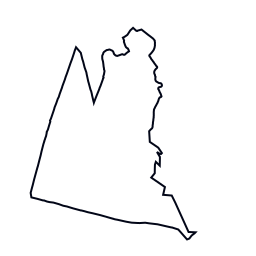 Taniche, Oaxaca, Mexico (orthographic projection), rotated 280°
{"feature_id": "50627088B3574093962845", "entity_name": "Taniche", "entity_type": "district", "adm_level": 2, "iso_a3": "MEX", "parent_name": "Mexico", "parent_adm1": "Oaxaca", "projection": "orthographic", "projection_center": [-96.759, 16.568], "detail": "fine", "context": "isolated", "style": "outline", "palette": "ink", "viewbox_px": 256, "rotation_deg": 280, "n_neighbors": 0, "source": "geoboundaries", "source_scale": "gbopen_adm2", "svg_char_len": 4834}
<svg xmlns="http://www.w3.org/2000/svg" viewBox="0 0 256 256"><g transform="rotate(280 128 128)"><path d="M198.5,62.8L195.7,62.3L195.5,62.2L192.2,61.8L186.1,60.9L181.8,60.1L171.0,58.4L167.8,57.8L167.4,57.7L167.2,57.7L164.8,57.4L159.3,56.4L157.7,56.1L156.2,56.0L155.9,55.9L149.6,54.8L146.4,54.4L144.6,53.8L143.4,53.6L139.6,53.0L135.4,52.1L134.8,52.1L133.0,51.9L123.9,50.5L121.7,49.9L120.8,50.4L117.1,49.9L112.5,49.4L109.8,48.6L109.3,48.8L105.7,48.7L103.7,48.3L102.6,48.2L100.5,47.8L100.4,47.9L97.6,47.5L89.9,46.9L85.6,46.7L82.1,46.4L74.1,45.8L73.9,45.7L61.2,44.5L55.4,44.1L52.2,43.8L47.2,43.4L42.9,44.9L42.5,51.1L41.9,57.0L42.1,57.8L41.5,61.0L41.4,63.6L41.6,67.5L41.0,73.2L40.2,77.7L40.1,81.5L39.7,84.7L39.3,88.0L38.6,96.0L38.7,96.3L38.5,99.4L38.2,102.1L38.1,103.2L37.9,108.0L37.4,115.7L35.8,131.1L35.8,133.5L35.4,142.6L35.4,148.0L36.0,153.0L36.4,155.9L37.7,161.4L37.8,165.5L38.3,173.9L37.8,183.6L37.6,188.0L37.7,188.5L37.2,192.0L36.8,195.1L34.2,198.4L31.7,201.5L30.1,203.5L28.5,205.5L29.8,207.6L32.9,209.2L33.8,209.9L35.8,211.8L37.0,212.6L36.1,205.7L62.7,187.5L69.1,182.8L68.3,174.2L76.3,174.6L83.0,159.9L83.2,159.5L88.1,162.2L93.0,161.4L96.6,160.9L99.5,161.3L96.4,165.8L103.6,164.7L105.1,164.4L109.4,160.7L108.0,163.9L108.2,165.1L109.2,165.7L113.9,161.2L118.1,151.9L128.5,149.4L130.0,150.3L130.5,150.6L130.8,150.9L131.2,151.2L131.8,151.7L132.4,151.9L133.0,152.0L133.5,152.0L134.3,151.9L134.8,151.8L135.4,151.8L135.7,151.8L136.1,151.8L136.5,151.8L137.2,151.7L137.7,151.6L138.1,151.6L138.6,151.6L139.0,151.6L139.5,151.6L140.0,151.6L140.6,151.5L140.9,151.5L141.5,151.5L142.2,151.4L142.7,151.5L143.1,151.4L143.5,151.3L144.0,151.3L144.6,151.2L145.0,151.2L145.5,151.1L146.2,150.9L146.7,150.9L147.5,150.7L148.0,150.6L148.5,150.6L148.9,150.5L149.5,150.5L150.3,150.4L150.8,150.4L151.5,150.6L152.1,150.8L153.4,151.1L154.2,151.4L154.7,151.6L156.6,152.2L157.2,152.4L157.5,152.6L158.3,152.7L158.7,152.8L159.2,153.0L160.1,153.1L160.6,153.2L161.1,153.2L161.7,153.3L162.4,153.4L162.8,153.6L163.0,153.7L163.6,153.9L163.8,154.2L163.8,154.4L164.0,154.7L164.2,155.0L164.5,155.3L164.9,155.5L165.4,155.3L165.6,155.1L166.2,154.8L166.9,154.5L167.5,154.1L169.0,152.9L169.9,152.4L170.6,151.9L171.2,151.5L171.5,151.1L172.3,150.9L172.9,151.0L173.3,151.2L173.6,151.8L173.8,152.1L174.1,152.8L174.3,153.3L174.6,153.6L175.0,153.9L175.4,154.0L176.1,154.0L176.5,153.8L176.9,153.5L177.3,153.3L177.6,152.9L177.8,152.4L177.7,151.6L177.7,150.8L177.8,150.1L178.1,149.5L178.4,148.7L178.7,147.8L179.3,147.1L180.4,146.5L181.7,146.3L182.4,146.2L182.9,146.3L183.1,146.3L183.4,146.1L183.6,145.9L184.0,145.6L184.4,145.5L184.8,145.4L185.0,145.3L185.5,145.0L185.8,144.7L186.1,144.5L186.7,144.3L187.5,144.1L188.3,144.1L188.8,144.2L189.4,144.4L190.5,144.9L191.1,145.3L191.7,145.8L192.2,146.1L193.0,146.2L193.5,145.9L194.3,144.7L195.1,144.1L196.1,142.9L197.0,142.1L197.3,141.9L197.7,141.3L198.2,140.8L198.7,140.4L199.2,139.8L200.0,138.9L200.8,138.3L201.3,137.9L201.9,137.3L202.2,136.9L202.6,136.6L203.0,136.4L203.4,136.4L203.9,136.7L204.4,137.0L204.9,137.4L205.3,137.6L205.9,138.0L206.1,138.1L206.6,138.4L207.2,138.7L207.8,139.0L208.4,139.3L209.1,139.6L209.6,139.8L210.1,139.9L210.5,140.0L211.0,140.0L211.5,140.2L212.3,140.2L213.2,140.2L214.2,140.2L214.5,140.1L214.9,140.0L215.2,139.9L215.6,139.9L216.0,139.8L216.5,139.8L217.2,139.6L217.6,139.4L217.9,139.3L218.3,139.2L218.6,139.1L218.8,139.1L220.4,137.2L222.0,134.2L223.1,132.0L223.3,131.6L227.3,124.2L225.3,120.1L225.2,120.1L225.1,119.4L227.5,115.6L224.5,113.3L219.6,111.2L217.6,109.2L216.9,108.4L216.1,107.3L215.4,107.8L214.6,108.2L213.9,108.7L213.3,109.0L212.7,109.0L212.1,109.0L211.3,109.5L210.0,110.2L209.3,110.6L208.5,111.1L207.6,111.7L207.2,112.1L206.8,112.7L206.5,113.3L206.4,113.5L206.3,114.0L205.8,114.4L205.3,114.8L204.6,115.2L203.9,115.6L203.7,115.7L203.3,115.3L202.6,114.5L201.4,113.4L200.7,112.9L200.1,112.4L199.7,112.1L199.6,111.8L199.4,111.5L199.4,111.4L199.4,111.2L199.4,110.7L199.6,110.2L199.7,109.7L199.6,109.3L199.4,109.0L199.3,108.7L199.1,108.4L198.6,107.6L198.1,106.7L197.5,105.6L197.2,105.1L197.1,104.8L197.1,104.5L197.2,104.1L197.2,103.5L197.3,103.2L197.8,102.3L198.3,101.6L198.7,101.2L198.9,101.2L199.4,100.9L200.0,100.5L200.7,100.1L201.2,99.4L201.5,98.8L201.5,98.7L202.1,96.3L202.0,95.8L201.5,94.8L201.0,93.4L200.1,92.5L198.8,91.2L197.8,90.7L196.5,90.6L195.0,90.1L193.8,90.2L191.5,90.7L189.0,91.9L186.1,92.8L184.0,93.4L182.8,93.9L181.5,94.2L180.7,94.7L179.9,95.0L178.6,95.0L176.6,95.0L174.4,94.7L173.5,95.0L173.4,95.0L173.2,95.2L172.5,94.8L171.6,94.8L164.6,93.6L163.4,93.3L162.1,93.0L161.5,93.0L155.5,91.7L155.1,91.6L147.6,90.1L147.0,90.0L147.5,89.8L148.0,89.5L153.8,87.0L155.4,86.4L157.9,85.3L158.9,84.6L160.3,83.9L161.4,83.4L166.1,81.2L166.6,80.9L173.7,78.0L175.6,77.3L179.5,75.1L180.0,74.8L185.8,72.2L187.6,71.2L193.5,68.6L193.8,68.5L198.5,62.8Z" fill="none" stroke="#020617" stroke-width="2"/></g></svg>